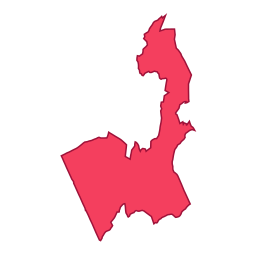 Kuresoi North, Rift Valley, Kenya (Equal Earth projection)
{"feature_id": "3690345B6327191419481", "entity_name": "Kuresoi North", "entity_type": "district", "adm_level": 2, "iso_a3": "KEN", "parent_name": "Kenya", "parent_adm1": "Rift Valley", "projection": "equal_earth", "projection_center": [35.615, -0.251], "detail": "fine", "context": "isolated", "style": "filled", "palette": "rose", "viewbox_px": 256, "rotation_deg": 0, "n_neighbors": 0, "source": "geoboundaries", "source_scale": "gbopen_adm2", "svg_char_len": 4581}
<svg xmlns="http://www.w3.org/2000/svg" viewBox="0 0 256 256"><path d="M85.5,210.4L85.9,210.3L87.9,214.4L88.9,216.6L90.1,219.4L92.2,223.8L96.0,232.6L99.4,240.0L100.6,240.6L102.0,238.3L102.3,236.8L103.4,235.1L104.4,233.3L105.7,231.7L107.5,230.8L109.0,230.3L110.1,229.5L110.9,228.1L111.7,227.1L112.6,225.6L110.8,222.2L112.9,219.7L114.2,218.0L114.9,216.8L117.1,212.0L118.1,212.1L119.2,211.9L119.3,210.3L119.9,208.9L120.2,207.8L120.7,206.7L121.6,205.8L122.7,204.5L123.9,203.8L124.8,203.7L125.1,205.2L125.2,205.6L125.4,206.9L125.5,208.8L125.7,211.0L126.0,212.9L126.6,214.0L127.2,214.9L127.6,216.1L128.2,217.0L129.5,216.1L130.2,214.2L131.6,213.5L132.6,213.0L133.9,212.6L135.0,211.2L136.0,210.6L136.7,210.7L137.8,211.1L139.0,211.2L140.2,210.9L141.0,210.6L142.5,210.4L144.0,211.0L146.1,212.6L151.4,216.5L153.9,223.8L155.3,222.6L156.8,222.9L157.2,222.5L157.6,222.0L158.3,220.6L159.4,219.3L160.7,218.8L161.7,217.7L163.1,217.0L163.9,216.7L165.1,216.1L166.3,215.5L166.7,215.3L167.1,215.0L167.9,214.7L169.0,214.6L170.5,214.3L171.9,214.2L173.5,215.4L174.6,216.5L175.6,217.3L176.8,217.2L177.7,216.9L178.8,216.6L180.0,215.6L181.0,214.0L181.5,212.6L181.8,211.9L182.1,211.5L183.3,210.4L184.6,209.4L185.5,208.9L186.1,207.9L186.7,207.1L187.8,205.9L189.0,204.8L190.2,204.0L185.4,193.5L184.7,192.0L184.1,190.8L181.4,184.2L177.8,175.9L177.6,175.6L177.1,174.8L176.9,174.4L176.5,174.1L175.4,173.1L173.9,172.0L173.5,171.1L172.9,169.6L172.8,168.3L172.8,167.1L172.8,166.4L172.5,165.2L172.2,163.8L172.2,161.7L172.8,159.3L173.1,157.3L173.4,155.5L173.8,153.5L174.3,151.5L174.8,149.5L176.1,147.8L177.0,146.4L177.5,145.1L178.7,144.3L180.1,143.4L181.3,141.6L182.5,140.5L183.9,139.3L185.1,137.4L184.8,136.0L185.2,134.2L186.1,133.0L187.3,132.2L188.7,131.1L189.8,130.4L191.1,129.9L192.1,129.6L193.3,129.9L194.7,130.4L193.5,128.2L192.7,127.2L191.8,126.6L191.2,126.1L190.4,124.3L189.8,122.7L189.4,121.3L186.4,125.5L186.6,123.9L184.1,122.9L183.3,124.2L182.8,121.8L179.9,123.5L178.7,119.5L176.9,114.6L176.0,114.2L175.6,112.9L178.9,108.4L179.9,104.6L181.4,103.8L182.5,102.9L183.3,102.2L184.7,101.6L185.9,101.6L185.4,103.0L186.8,102.7L188.9,101.5L188.6,98.6L188.6,96.6L188.5,89.8L188.5,83.9L189.6,80.5L191.4,75.0L189.7,71.5L187.1,66.2L184.7,61.1L181.7,56.1L180.8,53.7L178.3,50.1L176.3,48.2L175.7,45.4L174.4,39.3L175.1,34.8L174.5,29.1L171.5,29.1L165.1,29.2L163.0,30.0L159.9,31.0L160.6,27.9L163.2,21.5L165.5,15.4L162.4,17.9L161.7,16.4L160.7,17.4L159.1,18.7L157.7,20.2L154.9,21.3L154.2,21.8L153.3,22.8L152.5,24.4L151.6,25.7L150.4,27.3L149.4,28.9L148.9,30.6L147.8,32.2L146.7,32.7L145.5,33.5L144.3,34.3L144.8,36.8L143.7,38.6L146.8,41.7L147.4,45.0L145.8,46.8L144.4,48.0L143.1,49.3L143.0,51.8L142.5,53.9L140.5,55.3L140.0,55.7L139.4,56.1L137.4,55.7L137.0,57.9L136.9,60.3L138.0,62.0L138.4,64.0L138.5,65.7L138.5,67.0L138.4,68.4L139.0,69.4L139.5,70.4L139.6,71.9L140.1,73.4L141.2,73.7L142.0,75.2L142.6,75.5L143.1,75.7L143.8,74.9L144.1,74.5L144.8,73.4L145.8,72.8L146.2,72.6L146.8,72.3L147.8,71.8L148.8,71.4L149.7,72.4L150.8,72.5L151.5,72.4L152.0,72.2L152.9,71.8L154.4,71.2L155.9,71.6L157.2,71.8L157.8,72.9L158.9,74.0L159.2,76.0L159.6,78.0L160.8,79.1L161.2,79.2L162.4,78.6L163.2,78.6L164.0,78.6L165.4,78.2L166.4,78.5L166.9,79.6L166.2,83.3L165.6,86.9L165.1,90.5L168.8,92.6L166.6,94.2L164.3,95.8L163.9,98.9L163.4,101.9L161.3,102.2L160.7,106.0L161.7,108.8L160.7,110.9L161.2,115.3L161.6,118.1L161.1,122.1L160.4,125.5L160.1,127.3L159.9,129.3L159.3,132.5L158.6,135.6L156.6,138.6L154.7,138.7L153.3,139.4L152.1,140.1L150.9,141.4L150.8,144.5L150.7,147.8L148.6,149.3L147.4,150.2L146.1,151.3L145.4,149.1L144.0,148.7L142.6,148.5L141.0,149.8L140.3,151.3L139.7,150.2L139.5,149.7L139.1,148.4L138.6,145.7L137.6,143.9L136.4,142.5L135.2,141.9L134.8,144.0L134.7,146.1L134.0,147.0L132.6,148.9L131.7,150.1L131.2,153.1L130.8,154.9L130.5,156.7L130.1,159.2L125.3,156.5L125.5,154.1L125.9,150.7L126.3,147.2L126.5,144.8L125.2,143.5L123.0,141.5L120.9,139.7L118.9,138.4L117.0,137.3L115.3,136.3L111.6,134.0L110.5,133.4L108.7,132.2L108.3,134.0L107.6,136.3L106.8,137.9L104.1,138.0L100.7,138.0L99.0,137.3L97.6,137.8L96.2,138.6L94.4,139.2L94.0,139.4L93.0,139.8L92.2,140.2L91.7,140.4L90.2,140.8L89.2,141.0L87.2,141.7L84.7,142.1L83.3,143.1L82.0,144.2L79.4,146.3L77.8,147.5L77.0,148.0L76.5,148.3L76.0,148.6L74.5,149.3L71.9,150.6L70.6,151.3L69.0,152.1L67.0,152.9L64.6,154.2L61.3,155.8L62.2,157.6L63.6,160.9L65.1,164.2L66.7,167.9L67.9,170.5L68.7,172.2L69.8,174.7L70.6,176.4L71.8,179.1L73.6,181.7L73.7,183.3L75.0,186.1L75.7,187.7L77.1,190.8L78.7,194.4L80.0,197.1L81.5,200.5L83.0,203.9L84.3,206.6L85.1,208.4L85.5,210.4Z" fill="#f43f5e" stroke="#9f1239" stroke-width="1.5"/></svg>